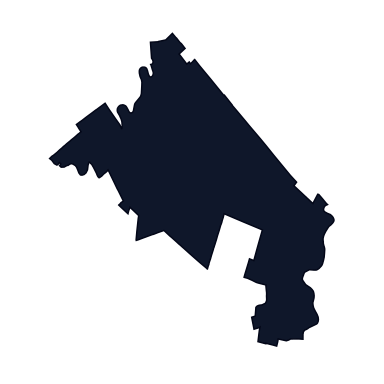 Veresti, Suceava, Romania (Robinson projection), rotated 266°
{"feature_id": "2599482B2854630041456", "entity_name": "Veresti", "entity_type": "district", "adm_level": 2, "iso_a3": "ROU", "parent_name": "Romania", "parent_adm1": "Suceava", "projection": "robinson", "projection_center": [26.473, 47.638], "detail": "fine", "context": "isolated", "style": "filled", "palette": "ink", "viewbox_px": 384, "rotation_deg": 266, "n_neighbors": 0, "source": "geoboundaries", "source_scale": "gbopen_adm2", "svg_char_len": 5933}
<svg xmlns="http://www.w3.org/2000/svg" viewBox="0 0 384 384"><g transform="rotate(266 192 192)"><path d="M170.0,326.3L171.2,325.2L177.5,320.7L180.4,318.5L180.7,318.2L181.0,317.3L172.1,311.8L172.6,311.3L191.1,294.1L194.5,297.0L201.8,291.2L222.7,276.3L228.9,272.0L233.2,269.0L240.2,264.0L255.0,253.1L259.1,250.2L269.3,242.8L275.4,238.3L275.9,238.2L286.3,231.1L285.9,230.7L286.4,230.3L303.4,218.4L308.8,214.5L317.6,208.2L324.0,203.9L324.0,203.7L323.8,203.6L323.4,203.3L322.9,202.7L321.3,201.0L320.0,199.4L321.9,198.3L320.0,195.7L329.3,189.6L330.5,188.7L335.4,194.7L335.7,195.1L336.7,194.4L340.2,192.1L341.1,191.4L341.3,191.0L342.4,190.1L345.4,188.1L346.6,187.3L347.4,186.5L351.6,183.5L345.5,176.4L344.5,169.1L344.2,169.0L344.3,161.0L328.3,161.0L326.6,161.9L324.9,162.3L323.5,162.0L322.3,161.2L322.1,159.7L321.4,160.0L318.2,160.7L316.0,161.2L315.4,161.4L314.4,161.6L313.9,161.7L313.4,161.7L312.7,161.6L312.2,161.5L311.8,161.3L311.1,161.0L310.4,160.5L310.3,160.4L309.8,159.7L309.7,159.4L309.6,159.1L309.6,158.8L309.7,158.4L309.9,158.1L310.3,157.7L310.7,157.4L311.2,157.2L311.6,157.0L311.8,157.0L311.9,156.9L312.5,156.7L314.2,156.4L316.3,156.0L317.2,155.7L317.3,155.7L317.7,155.6L318.4,155.3L318.9,154.9L319.3,154.5L319.6,154.0L319.8,153.5L319.9,152.9L320.0,151.9L320.0,151.2L319.9,150.8L319.7,150.3L319.3,149.6L318.7,148.9L318.4,148.7L317.8,148.3L317.1,148.0L316.3,147.9L315.6,147.8L314.0,147.8L312.7,148.0L311.2,148.2L310.4,148.4L307.6,149.4L306.9,149.5L306.1,149.6L304.9,149.7L304.0,149.6L302.0,149.4L297.8,148.9L293.8,148.4L292.8,148.1L291.7,147.7L291.0,147.4L290.5,147.0L289.9,146.5L285.8,142.6L284.8,141.7L284.1,141.2L283.4,140.9L282.8,140.7L277.0,139.2L276.4,138.9L276.2,138.7L275.8,138.4L275.5,138.1L275.4,137.8L275.2,137.4L275.1,136.9L275.1,136.6L275.1,136.3L275.2,136.0L275.4,135.7L275.7,135.3L276.3,134.9L277.0,134.5L278.1,134.1L278.8,133.8L281.0,132.8L282.0,132.2L282.5,131.8L282.7,131.5L283.3,130.5L283.4,130.3L283.7,129.5L283.8,128.8L283.7,127.9L283.7,127.2L283.6,126.8L283.4,126.2L283.1,125.8L282.5,124.9L281.9,124.4L281.2,123.9L280.8,123.6L280.3,123.4L279.5,123.2L279.0,123.2L278.2,123.1L277.6,123.2L276.7,123.4L275.7,123.9L273.3,125.1L271.3,125.8L270.1,126.3L268.7,126.6L267.5,126.9L266.2,127.0L264.1,127.0L263.7,127.1L260.7,126.5L259.6,126.4L261.8,125.5L263.9,124.8L270.6,120.7L277.2,116.8L279.5,115.4L284.6,112.6L284.8,112.5L286.6,111.5L284.3,107.9L282.8,105.5L280.8,102.4L280.6,101.9L277.2,96.7L275.7,94.3L275.5,94.0L274.8,92.9L273.3,90.6L271.0,87.2L269.6,84.8L269.3,84.4L267.4,81.4L264.3,83.1L263.8,83.3L259.8,85.5L258.8,84.1L258.2,83.3L257.7,82.4L255.5,79.6L254.1,77.7L252.4,75.2L251.5,74.1L250.1,72.1L249.1,70.7L248.9,70.5L248.9,70.4L248.1,69.4L247.3,68.4L246.4,67.0L244.8,65.1L243.4,63.1L242.5,62.0L242.4,61.9L240.9,60.1L240.0,58.8L238.1,56.1L237.6,55.0L236.2,53.3L235.3,52.3L233.5,54.3L229.9,56.6L228.3,59.1L228.8,60.2L230.6,61.7L229.1,63.1L227.5,61.7L225.9,63.2L225.8,66.2L227.1,69.0L227.2,69.7L227.2,70.2L228.3,72.0L228.7,73.6L228.2,75.1L226.5,77.5L224.8,78.6L222.2,79.5L218.9,80.5L216.8,81.9L216.5,83.5L217.0,85.6L218.5,87.6L221.4,89.3L226.1,90.2L229.0,91.4L228.9,92.2L228.5,92.4L227.7,92.8L226.6,93.9L226.0,94.2L224.1,95.1L223.8,95.3L222.6,95.8L217.6,97.9L215.4,98.6L214.4,99.0L213.5,99.5L213.1,99.9L212.7,100.3L212.8,100.5L212.9,100.9L213.4,101.7L213.9,102.6L214.3,103.2L215.8,104.8L216.5,105.7L217.4,107.1L218.3,108.3L219.0,109.1L219.3,109.3L220.0,109.6L220.1,109.8L207.1,115.0L200.5,117.6L198.6,118.5L188.1,122.8L187.9,122.9L187.0,121.6L186.3,120.4L185.9,120.0L184.9,119.1L184.4,118.3L184.1,118.0L181.3,120.5L174.8,126.6L177.9,127.6L181.1,129.1L172.2,137.2L169.2,136.5L156.8,134.3L148.1,132.9L147.6,133.0L148.1,135.1L149.4,139.4L152.3,149.4L152.5,150.7L153.9,155.1L155.6,161.3L155.0,161.9L149.6,166.9L148.2,168.4L144.4,172.1L140.7,175.6L139.6,176.8L138.1,178.2L136.3,180.0L131.1,185.0L123.4,192.6L120.7,195.3L114.4,201.8L114.1,201.9L114.1,202.0L117.0,203.0L118.4,203.7L119.7,204.0L120.3,204.2L122.0,204.9L123.8,205.7L126.4,206.6L128.0,207.2L133.3,209.3L133.9,209.4L135.8,210.3L137.1,210.7L137.6,211.0L139.2,211.6L142.5,212.9L146.7,214.4L147.7,214.8L151.7,216.4L155.5,217.8L156.3,218.1L157.1,218.4L157.6,218.7L159.4,219.5L161.3,220.1L162.4,220.5L164.3,221.3L165.3,221.6L166.8,222.1L168.1,222.5L158.9,240.5L149.3,259.6L135.5,254.6L129.6,252.5L119.3,248.9L121.3,244.7L117.4,243.3L106.4,239.1L103.3,238.0L103.2,238.2L102.3,240.8L102.1,241.4L101.5,242.5L99.8,245.7L97.6,249.4L97.1,250.4L96.8,251.2L96.2,252.9L94.1,259.3L93.8,259.2L92.7,259.2L88.8,259.3L86.3,259.4L84.6,259.3L83.1,259.1L79.6,259.0L78.4,258.8L77.5,258.4L75.9,257.5L75.4,256.2L74.5,254.0L74.4,252.2L74.3,250.9L73.7,249.1L73.1,248.3L72.4,247.7L63.8,246.4L62.9,242.8L50.8,244.3L52.0,249.4L52.5,250.4L49.1,249.5L38.1,247.4L35.5,255.0L36.0,255.1L33.6,262.4L32.4,265.7L36.4,267.0L39.4,267.7L37.0,275.7L37.5,277.8L38.1,279.3L38.5,279.9L38.3,283.8L38.0,288.3L37.5,291.6L37.4,292.4L42.7,292.8L43.1,293.0L44.2,293.2L45.0,293.6L45.7,294.2L46.2,294.8L46.6,295.2L46.8,296.1L47.6,297.9L48.4,298.9L51.5,306.7L51.8,307.3L52.5,308.0L54.1,308.8L55.9,309.2L58.4,309.1L61.2,308.2L64.4,306.7L67.8,305.3L70.0,304.9L71.6,304.8L73.1,304.8L74.3,305.2L77.8,306.3L80.0,306.6L82.4,306.5L84.5,306.1L86.3,305.0L88.2,303.4L89.8,301.3L91.7,298.9L95.9,296.4L96.9,296.0L97.9,296.0L99.5,296.5L101.1,297.3L102.9,298.0L104.2,298.9L106.3,303.7L105.9,306.4L105.6,308.3L105.5,310.6L105.8,311.5L106.8,313.3L109.0,315.7L109.8,316.4L111.3,317.2L114.7,318.4L117.8,319.3L121.7,319.9L124.7,320.3L126.0,320.4L127.6,320.2L129.7,319.7L131.7,319.4L133.5,319.5L134.3,319.4L135.2,319.4L136.5,319.5L137.5,319.8L138.8,320.2L140.6,321.0L143.3,322.6L145.8,324.4L147.3,325.5L148.3,326.4L149.4,328.1L151.1,330.0L152.2,330.9L153.2,331.5L154.2,331.7L155.7,331.4L156.9,330.9L158.0,330.2L159.8,328.5L161.3,325.5L162.8,323.2L163.7,322.4L164.4,322.1L165.4,322.0L166.3,322.2L167.3,322.6L168.1,323.1L168.8,323.7L169.5,324.8L169.7,325.5L170.0,326.3Z" fill="#0f172a" stroke="#020617" stroke-width="1.5"/></g></svg>